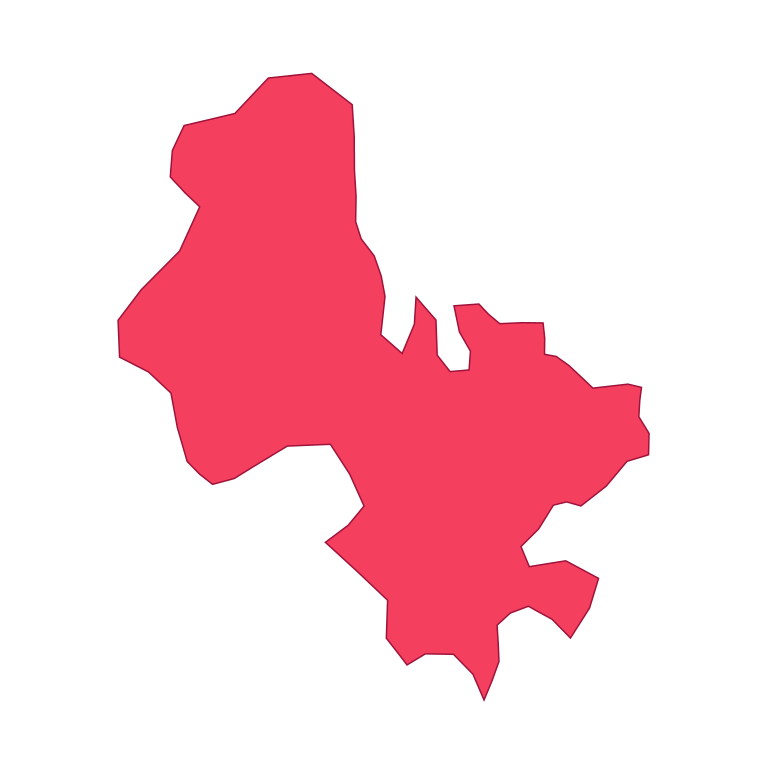 an SVG outline of Xocavənd, rotated 281°
{"feature_id": "AZE-1734", "entity_name": "Xocavənd", "entity_type": "District", "adm_level": 1, "iso_a3": "AZE", "parent_name": "Azerbaijan", "parent_adm1": "", "projection": "orthographic", "projection_center": [46.968, 39.63], "detail": "fine", "context": "isolated", "style": "filled", "palette": "rose", "viewbox_px": 768, "rotation_deg": 281, "n_neighbors": 0, "source": "natural_earth", "source_scale": "10m", "svg_char_len": 1622}
<svg xmlns="http://www.w3.org/2000/svg" viewBox="0 0 768 768"><g transform="rotate(281 384 384)"><path d="M260.4,387.7L288.9,367.6L314.6,342.9L304.6,300.9L277.6,271.1L262.7,255.1L252.8,234.9L260.2,220.4L270.4,205.6L302.0,189.4L334.5,176.6L350.9,150.5L359.9,119.3L395.8,110.8L430.2,127.7L475.5,158.0L522.8,169.3L533.7,152.2L538.3,146.0L543.3,139.0L543.4,138.9L546.5,134.7L551.5,134.1L572.8,131.7L587.1,135.3L599.6,138.5L606.9,154.7L621.1,186.0L651.6,205.3L662.3,212.1L675.1,253.8L652.1,299.5L620.6,307.7L605.9,310.6L605.6,310.7L588.2,314.2L562.7,320.8L537.9,325.2L522.1,333.9L507.8,350.0L489.4,360.7L470.1,368.3L437.5,371.0L431.8,371.4L417.4,396.0L448.5,402.4L475.4,398.9L466.9,409.7L456.7,422.8L422.5,430.7L420.1,433.4L408.8,446.5L414.0,464.8L432.7,462.6L449.5,448.1L474.1,437.8L480.6,461.9L472.4,473.3L465.3,486.1L469.5,503.7L470.5,507.7L474.3,528.5L459.7,533.0L450.4,534.7L443.8,535.9L443.9,547.9L441.7,552.6L437.5,561.9L424.7,582.2L419.8,589.8L427.0,612.7L430.4,623.5L429.8,637.4L416.9,638.2L400.5,640.4L386.1,653.6L365.0,657.2L354.5,637.3L326.3,621.7L301.9,600.6L303.1,585.7L297.4,573.4L284.4,568.5L271.3,563.5L252.1,550.5L250.5,549.5L232.4,561.5L238.5,578.0L245.1,596.1L244.0,599.7L239.9,613.1L234.1,631.7L203.2,628.5L198.2,626.5L195.1,625.3L170.2,615.5L185.1,593.9L190.6,576.6L193.4,568.2L189.0,561.0L183.2,551.6L168.8,541.0L151.2,545.6L133.6,549.8L113.4,546.7L92.9,542.5L116.1,526.7L131.9,503.8L131.4,500.8L129.1,487.8L127.0,476.1L112.6,460.2L121.0,450.8L134.9,434.8L172.4,428.8L176.6,422.2L179.9,417.1L195.2,393.0L217.4,356.7L238.5,375.8L260.4,387.7Z" fill="#f43f5e" stroke="#9f1239" stroke-width="1.5"/></g></svg>